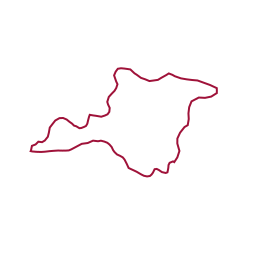 Beylagan District, Beyləqan, Azerbaijan (Equal Earth projection), rotated 243°
{"feature_id": "54616110B20470092766685", "entity_name": "Beylagan District", "entity_type": "district", "adm_level": 2, "iso_a3": "AZE", "parent_name": "Azerbaijan", "parent_adm1": "Beyləqan", "projection": "equal_earth", "projection_center": [47.705, 39.846], "detail": "fine", "context": "isolated", "style": "outline", "palette": "rose", "viewbox_px": 256, "rotation_deg": 243, "n_neighbors": 0, "source": "geoboundaries", "source_scale": "gbopen_adm2", "svg_char_len": 1714}
<svg xmlns="http://www.w3.org/2000/svg" viewBox="0 0 256 256"><g transform="rotate(243 128 128)"><path d="M151.6,30.8L150.6,32.0L148.4,35.5L146.1,39.7L144.6,43.2L142.9,47.8L141.5,51.2L139.7,55.4L137.7,59.1L136.2,62.1L134.9,65.1L134.7,67.8L134.9,79.6L132.9,85.3L132.6,91.1L129.8,95.3L129.0,98.1L126.6,100.8L124.2,102.9L121.7,104.0L118.5,104.8L114.9,104.7L112.6,105.1L109.4,106.2L106.9,108.2L104.2,110.0L101.4,110.6L96.4,110.6L92.1,110.4L89.9,112.1L87.1,114.3L85.0,115.9L81.7,118.0L80.5,118.8L78.2,120.5L76.2,123.0L75.3,125.7L75.8,127.8L76.9,130.0L79.2,133.0L78.5,135.0L76.6,136.4L73.3,138.2L70.8,141.2L70.6,143.0L72.3,144.4L74.3,145.9L76.6,147.3L78.1,149.3L77.8,153.0L76.6,153.7L79.4,158.6L84.2,163.4L91.8,164.9L96.2,167.2L100.2,172.3L103.2,178.8L103.4,182.5L108.4,186.2L113.6,188.5L118.8,192.0L122.9,196.7L123.0,204.9L119.9,210.3L118.2,216.4L118.8,223.0L120.7,224.0L123.2,225.2L129.1,220.6L138.8,211.5L141.6,207.0L144.7,202.4L148.2,197.7L152.9,193.2L155.2,191.7L158.1,189.1L157.8,186.1L157.6,180.5L157.3,176.5L158.8,172.1L160.1,168.4L163.5,165.5L166.8,162.3L171.4,160.0L173.8,158.6L179.1,156.7L180.9,154.2L182.7,151.6L184.4,148.9L185.4,145.8L183.8,142.6L181.2,139.5L174.9,138.6L171.8,138.5L168.9,135.6L167.2,132.8L166.0,129.2L164.4,125.0L160.7,121.4L158.0,120.9L154.2,120.8L150.9,118.7L149.5,116.0L149.6,113.0L150.2,109.3L151.1,108.1L153.4,105.0L155.0,102.7L157.1,99.9L155.5,98.2L152.7,95.7L150.3,93.7L148.9,91.5L148.9,89.5L149.2,86.4L149.9,84.6L153.0,82.7L154.6,81.0L157.4,80.1L160.0,78.7L163.4,77.2L166.4,74.7L167.9,71.4L167.7,66.6L165.7,62.3L163.9,58.5L159.8,55.4L156.6,52.6L154.6,48.2L154.4,45.0L156.5,41.9L155.3,38.2L155.7,34.3L152.1,31.4L151.6,30.8Z" fill="none" stroke="#9f1239" stroke-width="2"/></g></svg>